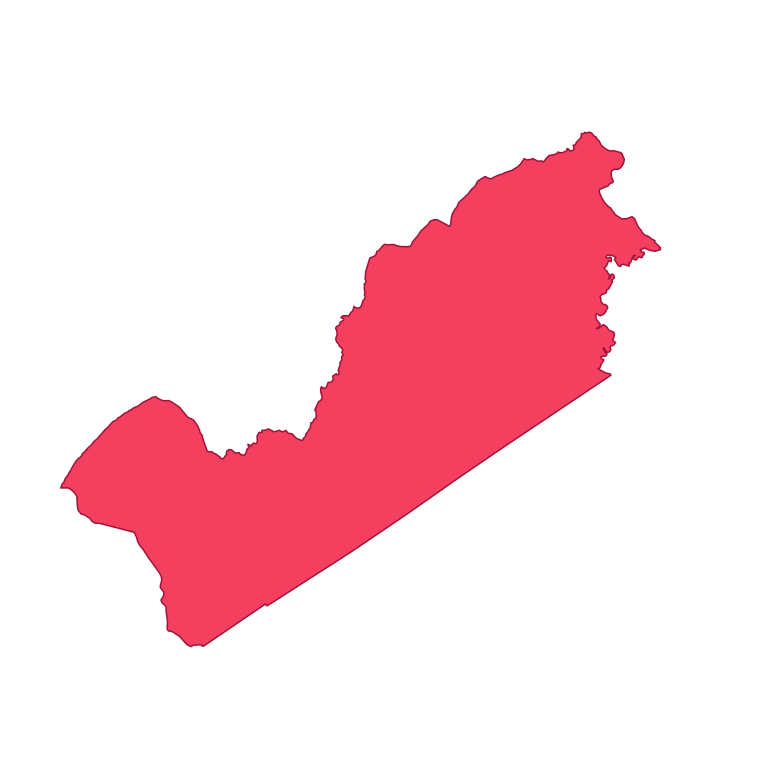 Kolda, Kolda, Senegal (Mercator projection), rotated 326°
{"feature_id": "50182788B77977720497228", "entity_name": "Kolda", "entity_type": "district", "adm_level": 2, "iso_a3": "SEN", "parent_name": "Senegal", "parent_adm1": "Kolda", "projection": "mercator", "projection_center": [-14.609, 12.87], "detail": "fine", "context": "isolated", "style": "filled", "palette": "rose", "viewbox_px": 768, "rotation_deg": 326, "n_neighbors": 0, "source": "geoboundaries", "source_scale": "gbopen_adm2", "svg_char_len": 6101}
<svg xmlns="http://www.w3.org/2000/svg" viewBox="0 0 768 768"><g transform="rotate(326 384 384)"><path d="M87.7,500.4L162.6,500.1L162.9,502.4L168.0,502.7L262.6,504.8L329.7,504.7L395.4,503.5L448.4,503.2L577.0,503.6L577.3,502.4L573.8,498.5L569.7,490.6L570.8,491.5L571.9,491.4L574.9,489.2L579.7,487.1L578.2,483.5L578.5,483.0L579.8,482.9L583.8,484.9L584.7,484.6L585.7,483.6L585.1,481.2L585.3,477.3L586.5,477.1L586.3,481.0L586.7,482.4L588.8,483.5L591.3,482.4L591.8,480.0L592.9,479.4L596.2,480.2L599.2,479.0L598.1,476.1L598.3,475.3L599.5,474.8L602.4,472.1L603.4,470.8L603.2,468.9L600.6,465.3L600.5,460.9L599.5,458.2L598.5,457.3L592.7,458.0L591.6,456.7L594.9,456.8L596.7,455.3L596.3,449.7L596.6,447.9L598.6,444.9L600.0,445.2L600.9,447.7L601.9,448.5L604.1,448.9L606.7,448.7L612.2,445.8L612.6,444.3L612.3,443.2L611.7,441.7L610.5,440.7L610.1,439.6L610.1,436.4L611.6,434.2L612.0,432.3L615.0,431.6L617.8,432.6L619.9,432.2L621.2,430.5L623.4,430.8L630.1,427.3L631.5,425.1L633.5,425.0L634.3,424.5L635.1,423.5L635.3,422.2L634.8,420.6L633.3,420.2L630.0,422.9L629.0,422.4L631.0,421.3L632.0,418.5L631.5,416.8L632.2,415.6L631.5,413.9L631.4,411.1L631.6,410.7L634.2,410.7L638.7,407.7L639.6,408.0L640.6,409.6L641.4,409.3L642.9,406.2L642.4,405.2L640.0,404.7L639.1,404.1L639.1,402.8L641.1,402.0L644.6,404.5L646.9,408.1L647.0,408.7L644.7,409.7L644.5,417.0L645.0,418.1L645.9,418.8L647.0,417.9L649.1,418.3L653.0,423.2L654.1,422.3L654.3,420.7L656.2,421.4L659.3,418.9L663.0,417.0L663.8,418.0L662.2,418.0L660.1,419.0L661.4,421.3L661.9,421.9L663.3,422.0L666.6,420.9L667.9,423.2L668.8,423.5L670.4,422.4L672.0,422.0L673.0,421.1L672.9,419.6L671.1,418.6L671.9,416.7L671.5,416.1L672.1,416.0L673.8,416.7L676.4,417.0L676.8,418.5L679.8,422.6L683.1,425.6L688.3,427.2L689.4,425.4L687.8,418.0L687.9,417.2L688.8,416.6L686.8,413.0L685.6,409.0L683.4,406.4L682.8,402.6L683.1,400.1L682.6,395.3L684.2,387.3L683.7,385.5L683.2,384.0L677.6,382.6L673.5,380.2L670.5,373.2L670.2,364.5L669.4,363.1L668.3,356.8L668.8,350.1L669.9,344.9L671.5,343.2L680.8,345.1L683.8,344.1L685.4,344.8L686.8,344.6L687.5,344.1L688.1,340.3L688.8,338.7L690.7,335.6L691.9,334.6L695.0,334.7L698.2,336.9L700.5,337.1L703.6,336.3L706.9,334.2L708.9,332.0L710.1,326.0L709.7,324.6L706.0,320.3L704.6,318.8L702.4,317.8L700.5,315.5L699.2,312.8L697.7,308.3L698.2,302.5L697.6,299.7L698.1,298.4L696.9,296.2L696.4,291.9L695.3,290.3L691.9,288.8L691.2,287.7L689.8,288.1L688.3,287.1L687.3,287.1L685.1,289.9L678.6,291.2L676.3,292.9L674.5,291.9L672.7,295.8L670.2,295.7L668.8,295.1L668.0,291.6L667.0,291.4L666.2,292.7L661.9,292.2L658.9,290.6L658.2,289.1L655.6,289.5L654.1,289.2L648.4,286.9L644.2,287.8L640.4,289.2L639.6,287.4L636.1,285.2L633.4,280.3L631.3,279.9L627.9,278.2L626.1,275.6L620.1,278.0L616.6,278.7L609.5,278.4L601.9,276.2L600.1,276.3L596.3,275.0L590.5,273.9L588.8,274.1L586.9,273.2L584.8,270.7L584.4,269.2L583.6,268.5L575.1,268.2L570.2,270.9L565.2,271.6L559.8,273.5L547.5,275.3L543.4,278.0L540.3,278.9L535.7,281.2L532.2,284.5L528.0,289.4L526.3,289.7L520.5,278.4L519.4,277.2L516.9,275.5L515.5,275.6L513.5,274.8L509.5,276.4L499.8,277.8L495.3,279.8L487.1,282.2L483.2,284.6L480.4,283.4L474.8,279.5L471.4,275.8L470.5,274.2L467.8,272.2L466.9,272.1L462.4,268.5L460.3,268.7L454.4,270.4L452.3,270.1L449.4,272.4L446.4,272.5L443.1,271.6L441.8,272.4L431.6,280.6L427.2,286.2L426.4,288.9L425.2,289.8L423.3,290.2L423.1,291.2L421.6,292.9L419.7,296.3L419.3,297.7L417.6,299.0L417.3,300.8L416.6,301.9L413.0,303.3L408.6,306.7L406.5,307.2L404.8,306.6L402.6,304.0L402.5,303.0L398.8,306.0L396.6,306.1L392.9,307.9L388.7,304.7L386.6,304.5L385.5,305.0L387.0,307.2L386.7,308.1L385.6,308.6L382.7,308.1L379.2,310.4L377.2,309.7L375.6,310.3L374.9,311.2L374.6,313.7L372.5,317.2L370.7,318.2L368.8,320.3L368.3,322.6L368.6,325.4L368.2,328.2L369.0,329.9L368.8,332.1L368.4,333.1L366.7,334.1L366.4,337.0L364.3,337.5L362.4,340.4L359.4,341.7L357.8,344.1L355.0,345.9L353.4,347.6L353.0,349.8L351.3,350.8L350.2,349.8L350.1,348.8L345.9,348.8L344.3,351.8L343.2,352.5L340.9,352.7L338.4,351.5L335.4,353.8L333.4,354.7L332.3,354.6L330.5,351.4L329.0,352.2L326.9,355.8L325.4,360.7L323.0,362.0L319.5,362.2L312.0,366.9L312.2,369.3L311.0,370.6L310.3,372.5L309.6,372.7L309.4,373.8L305.8,374.4L303.3,375.9L301.8,375.3L297.8,379.6L296.1,379.7L294.3,380.9L291.4,381.7L289.0,383.8L286.8,383.9L285.7,384.8L284.4,385.1L280.8,379.7L280.0,373.9L277.0,371.2L276.7,367.5L273.7,367.2L272.3,365.9L271.4,363.9L266.6,362.4L265.6,361.3L263.6,357.3L262.5,356.4L259.6,355.9L257.0,354.2L255.5,355.7L254.6,355.5L253.7,354.3L252.6,354.6L249.6,356.2L246.6,361.2L244.6,361.8L243.8,361.4L243.2,360.4L242.0,359.9L239.5,361.1L237.5,358.1L236.9,358.8L237.0,360.6L236.0,361.1L233.8,361.5L231.2,363.8L228.3,365.0L226.4,362.8L225.7,362.7L225.5,360.0L222.0,357.9L220.8,353.4L218.7,351.6L216.1,351.8L214.9,352.8L214.4,354.0L209.3,356.0L208.6,355.9L206.9,354.2L207.2,353.1L205.6,348.3L203.9,345.8L203.5,343.9L200.2,341.6L200.0,340.3L203.4,327.4L204.5,325.4L204.4,321.6L205.4,318.4L206.2,314.1L205.9,307.6L205.0,305.3L202.8,302.4L201.4,288.6L197.9,280.2L196.4,277.5L192.4,275.0L190.0,272.3L188.2,268.6L187.9,267.0L184.1,265.4L181.7,265.5L174.2,264.4L167.4,264.7L163.4,263.8L160.1,263.8L159.3,264.1L157.9,263.4L156.7,263.8L152.2,263.2L146.5,263.7L144.9,263.3L141.8,264.2L138.1,263.6L129.6,265.7L128.1,265.7L115.8,269.0L111.0,269.5L108.5,270.6L103.0,271.4L96.4,273.0L95.0,273.0L93.4,274.3L90.2,275.0L89.3,274.7L85.5,275.7L79.1,278.6L76.0,280.4L73.5,281.2L72.3,282.2L66.8,284.2L63.4,286.6L61.6,286.8L57.9,289.4L63.9,293.4L65.1,295.4L66.0,298.1L66.7,302.4L66.5,305.4L61.4,313.9L59.8,318.0L60.2,322.4L62.5,325.1L65.0,330.8L65.0,333.9L65.9,336.4L67.1,338.4L69.5,339.6L93.7,367.0L93.9,367.9L93.1,372.9L91.6,377.1L91.3,381.4L91.8,386.7L91.6,395.4L92.2,415.5L91.5,419.8L89.9,422.5L85.6,426.3L84.7,428.0L85.0,433.0L84.2,434.7L82.2,436.8L79.0,438.0L78.1,438.7L77.7,441.6L78.6,444.7L78.6,447.1L76.1,450.9L71.7,459.8L67.4,465.6L67.0,467.2L67.4,468.4L69.2,470.0L70.5,472.0L73.3,478.7L74.9,489.7L76.6,493.0L77.6,494.0L79.4,493.9L81.6,494.7L81.6,495.3L84.0,496.0L84.1,496.5L85.0,496.8L86.7,498.4L87.0,498.9L86.6,499.2L87.7,500.4Z" fill="#f43f5e" stroke="#9f1239" stroke-width="1.5"/></g></svg>